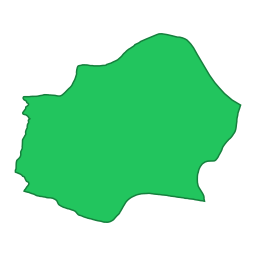 Man'ar, Al Mahrah, Yemen
{"feature_id": "15242507B25634508234618", "entity_name": "Man'ar", "entity_type": "district", "adm_level": 2, "iso_a3": "YEM", "parent_name": "Yemen", "parent_adm1": "Al Mahrah", "projection": "robinson", "projection_center": [50.908, 16.452], "detail": "fine", "context": "isolated", "style": "filled", "palette": "green", "viewbox_px": 256, "rotation_deg": 0, "n_neighbors": 0, "source": "geoboundaries", "source_scale": "gbopen_adm2", "svg_char_len": 5715}
<svg xmlns="http://www.w3.org/2000/svg" viewBox="0 0 256 256"><path d="M23.1,98.0L23.3,98.7L23.7,99.3L24.1,99.8L26.0,100.9L26.5,101.3L26.6,102.0L26.9,102.7L28.1,103.4L28.5,104.0L28.5,104.7L28.1,105.3L27.0,106.3L26.4,106.5L25.8,107.1L25.7,107.9L25.6,108.7L25.2,109.4L24.7,110.0L23.8,111.2L23.0,112.3L22.7,113.0L22.9,113.7L23.4,114.2L24.7,114.6L25.4,114.7L26.0,114.9L26.6,115.3L27.6,116.1L28.2,116.6L28.4,117.2L28.7,117.9L29.4,118.3L29.9,118.7L29.5,119.4L28.8,119.6L28.4,120.1L28.3,120.9L28.6,121.5L28.6,122.2L28.5,122.9L27.6,124.2L27.4,125.0L27.2,126.5L27.3,127.3L27.1,128.0L26.5,129.2L26.2,129.9L25.7,131.3L25.6,132.1L25.6,132.8L25.8,134.3L25.4,134.9L25.0,135.5L23.9,137.5L22.7,139.5L22.5,140.2L22.5,141.0L22.4,144.1L22.3,145.7L22.2,146.5L22.3,148.0L22.1,148.8L21.2,150.8L20.9,151.4L20.7,152.2L20.7,152.9L20.8,154.4L20.7,155.2L20.5,156.0L20.2,156.7L19.9,157.3L18.9,158.4L18.4,159.0L17.8,159.4L17.3,159.9L16.9,160.4L16.6,161.1L16.3,162.7L16.2,164.2L16.1,168.1L16.0,168.8L15.8,169.5L15.4,170.1L15.4,172.1L16.0,172.4L16.6,172.5L17.9,173.1L19.9,173.9L21.1,174.6L21.7,175.0L22.2,175.6L22.6,176.2L23.2,176.4L23.8,176.6L24.3,177.0L24.7,177.6L25.3,179.1L26.4,181.1L26.9,181.5L27.5,181.7L28.1,182.1L28.6,182.7L28.9,183.3L28.8,184.0L28.5,184.7L28.2,185.3L27.7,185.9L27.3,186.4L26.8,186.9L25.5,189.0L24.6,190.0L24.2,190.7L24.1,191.2L24.6,191.3L26.2,191.8L27.4,192.1L27.9,192.2L29.2,192.5L30.0,192.9L30.4,193.0L30.8,193.2L31.1,193.3L31.6,193.5L33.4,194.0L34.4,194.4L36.2,195.4L36.5,195.5L37.4,195.8L37.8,195.8L38.8,196.0L39.7,196.3L40.6,196.4L41.9,196.5L43.7,196.9L44.6,197.0L45.5,197.1L46.3,197.5L47.6,197.7L49.4,197.8L50.4,197.8L50.8,197.9L51.4,198.0L52.5,198.2L53.5,198.5L53.8,198.8L55.0,199.3L55.7,199.8L56.4,200.3L56.7,200.7L57.0,201.1L57.2,201.5L57.4,201.9L57.7,202.7L58.5,204.2L58.9,204.6L59.3,205.0L59.7,205.2L61.1,206.1L62.0,206.5L62.7,206.9L63.1,207.1L63.9,207.4L64.8,207.6L66.1,208.1L66.9,208.4L67.8,208.7L68.7,208.8L69.7,209.1L71.0,209.6L71.8,209.9L73.5,210.4L74.3,210.8L74.6,210.9L75.4,211.5L76.0,212.1L76.6,212.8L76.8,213.1L77.1,213.4L77.7,214.1L78.0,214.4L78.3,214.7L79.2,215.2L80.6,215.5L81.8,215.9L82.5,216.3L82.9,216.4L83.7,216.8L86.2,217.6L87.2,217.9L87.6,218.1L87.9,218.2L88.3,218.2L89.1,218.5L90.3,218.7L90.8,218.8L91.3,218.9L93.0,219.5L94.3,219.8L95.2,220.1L96.0,220.3L97.7,220.7L99.5,221.0L100.9,221.2L103.2,221.9L104.0,222.1L104.5,222.1L107.4,222.2L108.3,222.1L109.9,221.7L110.8,221.3L112.1,220.6L113.5,219.7L115.9,216.9L116.2,216.6L116.8,215.9L118.2,214.6L118.9,213.9L119.2,213.5L119.5,213.1L120.1,211.8L120.4,211.5L121.9,208.9L123.1,206.7L123.8,205.5L124.1,205.1L125.2,203.2L126.0,202.0L127.2,200.6L127.8,200.0L129.0,199.0L129.8,198.4L130.6,197.8L131.8,197.1L133.4,196.3L133.9,196.1L134.3,195.9L136.3,195.0L136.9,194.8L139.2,194.2L140.4,194.0L141.0,193.8L143.6,193.6L146.2,193.5L148.9,193.3L150.0,193.4L151.4,193.6L151.9,193.7L152.3,193.7L154.0,194.0L158.1,194.4L158.6,194.5L159.1,194.5L159.6,194.5L162.2,194.9L163.6,195.0L166.7,195.3L169.0,195.8L169.5,195.8L170.7,196.1L171.2,196.2L171.6,196.2L172.5,196.3L174.1,196.5L174.6,196.5L176.8,197.0L177.7,197.1L178.2,197.2L180.4,197.4L180.8,197.5L182.2,197.7L182.7,197.7L183.1,197.7L184.0,198.0L184.8,198.2L185.2,198.3L187.5,198.4L187.9,198.5L189.3,198.8L193.4,199.2L194.8,199.6L198.7,200.2L200.4,200.6L201.3,200.7L202.1,200.7L203.4,201.0L204.5,201.2L204.3,200.0L204.0,199.1L204.0,197.7L203.9,196.7L203.7,195.8L203.5,195.3L203.3,194.9L202.9,194.0L201.9,192.3L198.9,187.5L198.5,186.7L198.1,185.8L198.0,185.3L197.4,182.4L197.4,182.0L197.3,179.5L197.4,175.8L197.5,175.3L197.6,174.3L198.0,172.9L198.2,172.4L198.4,171.5L198.8,169.8L199.6,167.9L200.3,166.6L200.9,165.7L201.9,164.4L202.2,164.0L203.2,163.2L204.8,162.2L205.2,161.9L206.0,161.7L207.2,161.3L208.5,161.1L209.0,161.1L210.8,161.0L211.2,161.0L214.1,160.9L214.9,160.6L215.3,160.4L216.0,159.8L217.2,158.3L217.7,157.6L218.2,156.8L219.0,155.1L219.9,153.6L221.5,150.6L221.9,149.6L222.4,148.0L223.0,146.7L224.1,145.1L224.9,144.0L226.9,141.5L228.0,140.4L228.5,139.7L230.2,138.3L231.1,137.3L231.4,137.0L231.7,136.6L232.6,135.4L233.4,134.1L234.2,133.0L234.9,131.8L235.3,130.8L235.8,129.0L236.1,127.1L236.4,124.6L236.4,124.2L236.6,123.1L236.7,122.2L236.8,121.7L236.8,120.6L236.9,119.2L237.1,117.8L237.6,115.8L238.0,112.9L238.5,111.5L238.7,110.9L239.0,109.9L239.7,108.0L239.9,107.2L240.2,106.2L240.6,105.1L232.2,100.1L224.5,93.6L219.2,87.8L214.8,82.7L209.5,75.2L201.8,62.2L197.3,54.6L193.5,47.8L190.9,44.2L189.1,42.2L186.9,40.0L185.0,38.9L182.5,37.9L179.8,37.2L177.3,37.1L172.2,35.8L167.0,34.6L161.8,33.8L159.0,33.9L156.7,34.7L146.6,38.9L140.4,41.6L139.6,42.4L138.3,43.1L137.0,43.7L136.4,44.0L135.7,44.3L135.0,44.6L134.6,45.2L134.1,45.7L133.4,46.3L132.8,46.7L132.1,47.1L130.2,48.4L128.9,49.1L127.2,50.4L126.1,51.4L125.6,52.0L123.9,53.5L122.9,54.6L122.4,55.3L122.0,55.8L121.5,56.4L120.4,57.4L117.7,59.8L115.6,60.9L114.2,61.5L112.7,62.2L112.0,62.6L110.8,63.2L110.0,63.4L108.5,63.9L107.7,64.2L107.0,64.3L106.5,64.8L105.9,65.1L105.2,65.3L104.5,65.4L103.2,65.4L99.6,65.9L96.7,65.9L93.9,65.9L92.5,65.6L90.4,65.6L89.7,65.5L87.4,65.0L84.7,64.9L83.3,64.9L82.6,64.9L82.0,65.0L81.3,65.3L80.0,65.5L78.7,65.8L78.1,66.1L77.7,66.7L77.4,67.4L76.8,69.7L76.7,70.4L76.6,71.2L76.5,72.3L76.6,73.6L76.5,74.4L76.3,75.1L75.8,76.6L75.4,77.9L74.9,79.3L74.6,80.0L73.8,81.4L72.7,83.6L72.0,85.1L71.6,85.7L71.1,86.4L70.6,86.9L70.1,87.5L68.9,88.5L67.3,90.1L65.2,92.3L63.6,93.8L62.5,94.7L61.9,95.2L60.7,95.8L60.0,96.0L59.4,96.0L58.1,96.0L57.3,95.9L55.1,95.4L53.8,95.3L50.9,95.1L50.2,95.0L49.6,95.0L48.9,95.0L48.2,94.8L47.5,94.8L44.8,94.7L44.1,94.8L43.5,94.9L42.3,95.3L40.2,95.6L38.0,96.1L36.7,96.3L31.2,96.4L29.2,96.7L28.5,96.7L27.9,96.7L27.2,96.7L24.4,96.7L23.7,96.8L23.3,97.3L23.1,98.0Z" fill="#22c55e" stroke="#15803d" stroke-width="1.5"/></svg>